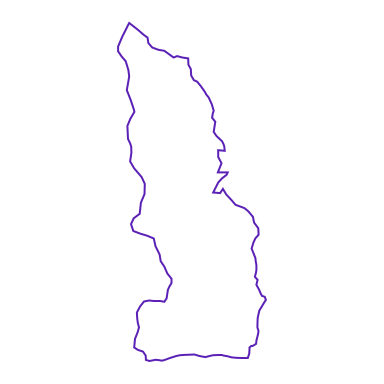 outline of Moni, Limassol, Cyprus
{"feature_id": "46923920B25771108548129", "entity_name": "Moni", "entity_type": "district", "adm_level": 2, "iso_a3": "CYP", "parent_name": "Cyprus", "parent_adm1": "Limassol", "projection": "equal_earth", "projection_center": [33.204, 34.73], "detail": "fine", "context": "isolated", "style": "outline", "palette": "violet", "viewbox_px": 384, "rotation_deg": 0, "n_neighbors": 0, "source": "geoboundaries", "source_scale": "gbopen_adm2", "svg_char_len": 2159}
<svg xmlns="http://www.w3.org/2000/svg" viewBox="0 0 384 384"><path d="M145.9,359.9L149.5,361.0L155.5,359.8L158.7,360.1L162.0,360.7L165.4,359.7L169.1,358.3L172.8,357.1L176.3,356.0L180.0,355.2L184.6,354.9L189.8,354.7L194.4,354.5L199.4,356.0L205.4,357.1L209.5,356.0L213.2,355.2L218.7,355.0L221.9,355.0L223.7,355.6L227.3,356.2L231.8,357.4L236.4,357.8L241.4,358.0L245.5,358.0L247.8,358.0L249.3,353.5L249.3,352.0L249.5,349.3L249.5,347.5L251.2,346.0L252.8,345.9L256.1,343.8L256.5,340.1L258.0,334.4L258.5,331.1L257.4,327.4L257.5,322.6L257.7,318.0L258.5,314.2L259.4,310.4L261.2,307.5L264.3,302.3L265.9,299.9L264.7,296.8L262.0,295.9L260.6,293.3L259.0,289.5L256.4,284.8L257.6,279.9L254.9,276.8L256.0,272.5L256.4,270.0L256.4,265.0L255.7,261.2L255.4,258.0L251.6,248.5L253.6,242.1L255.5,238.2L258.6,234.7L258.3,228.3L254.1,222.6L252.9,216.8L248.3,211.3L244.6,208.2L240.7,206.7L235.5,204.8L231.6,200.2L226.2,194.4L222.9,188.9L220.1,193.1L213.2,192.5L218.3,182.4L222.0,178.4L226.6,174.8L227.7,172.4L217.9,172.4L221.5,163.2L218.2,157.0L218.2,150.2L224.7,150.8L224.3,146.6L223.7,144.6L222.1,141.3L216.4,135.9L213.7,131.9L214.7,125.4L215.3,121.8L212.1,117.7L212.8,113.5L213.7,110.8L211.8,104.3L208.7,97.5L206.1,94.3L205.2,92.4L201.1,86.5L197.1,81.6L193.9,80.2L191.2,75.6L190.8,69.1L188.4,64.7L188.2,58.4L182.3,57.5L177.2,56.1L173.6,57.5L164.3,50.8L158.5,49.8L152.2,47.5L148.4,43.1L147.5,37.5L143.9,35.0L137.8,29.7L129.2,23.0L128.3,24.6L125.4,30.5L122.3,36.6L118.1,46.5L118.1,51.3L121.5,56.3L125.7,61.2L128.4,70.1L129.2,76.5L126.8,90.2L130.4,99.2L133.7,109.0L134.4,111.8L130.4,118.7L127.4,125.9L128.0,138.9L130.1,143.3L131.2,146.6L131.4,152.8L130.1,161.4L134.2,168.4L141.6,177.0L144.8,183.9L144.5,194.1L140.9,202.7L139.7,213.8L133.7,218.3L131.0,224.1L133.3,231.0L140.7,233.8L147.1,235.7L153.8,238.5L155.5,246.2L159.6,254.5L160.7,261.2L164.2,266.4L167.4,273.6L171.5,278.7L171.5,283.1L169.5,286.3L167.9,289.8L166.6,298.4L164.3,301.8L160.3,301.0L153.9,301.0L149.1,300.5L144.0,301.5L140.1,306.4L136.9,312.5L137.2,318.4L137.9,323.3L139.0,327.3L137.7,332.1L135.0,338.9L134.2,347.5L137.9,349.9L143.0,351.6L145.7,355.6L145.9,359.9Z" fill="none" stroke="#5b21b6" stroke-width="2"/></svg>